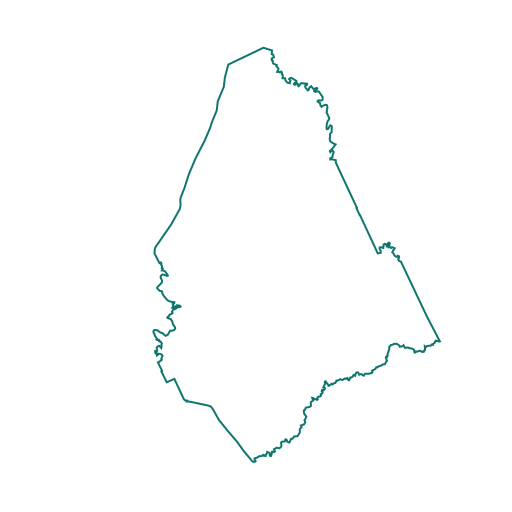 Hume, Victoria, Australia (Natural Earth projection), rotated 56°
{"feature_id": "25037944B10619545343998", "entity_name": "Hume", "entity_type": "district", "adm_level": 2, "iso_a3": "AUS", "parent_name": "Australia", "parent_adm1": "Victoria", "projection": "natural_earth1", "projection_center": [144.895, -37.597], "detail": "fine", "context": "isolated", "style": "outline", "palette": "teal", "viewbox_px": 512, "rotation_deg": 56, "n_neighbors": 0, "source": "geoboundaries", "source_scale": "gbopen_adm2", "svg_char_len": 6158}
<svg xmlns="http://www.w3.org/2000/svg" viewBox="0 0 512 512"><g transform="rotate(56 256 256)"><path d="M337.8,394.8L339.7,392.4L353.1,379.4L355.6,377.6L358.7,377.4L370.9,378.4L384.7,377.3L398.9,375.6L411.4,375.2L424.4,373.8L425.4,373.0L426.0,371.9L425.7,370.9L424.2,371.0L423.2,370.6L423.0,369.9L423.7,368.3L423.8,365.1L425.1,363.2L424.9,361.2L425.8,360.8L426.2,361.0L426.9,360.1L426.2,360.0L426.4,358.4L424.7,356.2L426.7,355.0L428.4,354.9L428.6,355.9L429.1,356.1L430.0,355.9L430.2,355.5L429.0,353.8L427.2,352.3L427.3,351.9L428.6,350.8L428.6,349.6L426.3,349.2L426.5,346.0L428.3,344.5L428.4,343.2L428.0,341.6L427.5,341.0L424.7,339.5L424.5,338.6L424.8,337.7L425.8,335.9L425.4,334.8L424.7,334.6L424.5,334.0L425.6,333.4L427.5,333.9L429.3,332.7L427.2,329.2L427.9,327.9L426.9,325.3L428.6,322.4L426.8,318.4L423.9,316.4L423.4,313.9L421.6,313.6L422.5,310.4L421.2,308.0L419.2,307.6L418.1,305.1L417.3,304.1L413.7,304.3L410.8,302.8L410.9,301.4L409.6,299.6L411.2,295.5L411.0,294.3L407.8,292.3L407.7,289.4L405.0,288.7L405.8,287.9L407.3,287.8L408.0,286.7L409.5,285.7L409.3,284.9L408.2,285.1L407.6,283.7L407.6,282.5L408.3,281.5L408.2,280.6L407.9,280.0L406.8,279.6L407.0,278.1L406.1,276.7L404.9,277.2L404.0,276.1L405.0,274.7L404.6,273.0L403.7,272.8L402.6,273.7L400.4,270.0L399.0,269.5L398.6,268.9L399.0,268.3L401.8,268.4L403.0,268.0L404.1,268.5L404.5,268.1L404.2,264.8L405.3,264.2L405.0,263.0L405.6,261.2L404.4,259.1L404.8,258.9L404.7,258.0L405.3,256.7L405.2,255.1L407.0,253.8L407.3,252.9L407.1,251.2L407.9,250.5L408.1,248.6L408.9,248.5L409.6,249.0L411.0,248.5L410.8,247.6L409.5,245.9L410.1,244.5L410.0,243.2L409.2,241.7L409.4,241.3L410.7,240.9L409.1,238.8L408.8,237.6L409.8,236.4L412.2,236.8L412.6,234.9L415.5,233.6L414.6,231.4L416.7,228.4L417.0,226.9L417.6,226.4L417.6,224.5L416.0,224.0L416.4,220.3L415.5,218.4L416.3,217.5L416.0,216.3L417.0,212.9L416.7,211.7L417.8,209.7L416.3,207.0L416.2,206.0L413.0,205.2L413.1,204.1L412.2,204.0L412.3,202.6L411.0,201.9L407.6,197.5L406.0,196.6L405.3,194.0L406.0,192.0L406.0,190.6L406.7,190.0L407.1,188.8L408.6,187.9L410.8,187.2L411.7,187.5L412.8,184.9L412.5,183.6L415.5,183.9L416.9,181.0L418.2,180.5L419.0,179.4L421.1,177.7L422.2,177.5L424.4,178.5L425.0,178.3L425.0,176.9L424.7,176.6L425.4,175.8L425.9,173.7L427.1,172.3L428.6,171.9L429.2,170.3L428.4,169.7L428.6,168.7L428.3,168.3L425.2,166.5L426.6,166.1L426.3,164.4L428.1,161.1L427.6,159.8L428.6,159.0L427.9,158.3L428.0,156.7L427.0,155.5L427.2,154.8L426.8,154.2L428.4,152.9L428.3,151.7L429.4,151.9L429.6,151.3L402.1,148.2L341.7,139.0L340.4,140.1L338.2,140.0L337.5,138.5L336.3,137.6L335.0,138.4L335.5,139.6L334.8,140.4L333.3,140.8L330.2,140.6L329.2,140.9L328.1,139.3L327.5,137.1L327.0,136.7L324.8,138.3L324.9,139.4L324.3,139.9L322.7,140.0L321.2,139.1L320.6,138.1L319.2,138.3L319.1,138.9L319.6,140.0L322.3,140.7L322.5,141.3L321.8,141.2L321.2,142.3L319.2,141.3L317.8,142.7L317.8,143.4L318.3,144.3L319.0,144.4L319.3,145.1L320.5,146.0L318.3,147.8L318.1,148.5L318.3,149.0L319.1,149.5L321.5,149.7L323.1,150.9L322.0,153.6L280.1,146.9L280.0,147.2L272.4,145.9L272.4,145.4L223.7,137.7L221.0,136.3L217.7,139.7L217.5,140.4L216.5,139.8L216.8,137.4L215.4,136.3L213.3,133.5L210.9,133.5L211.5,136.3L210.3,136.1L209.8,132.8L208.0,127.6L205.9,129.0L202.4,130.3L200.0,129.4L198.3,127.6L196.6,126.8L196.2,126.4L195.8,124.2L190.8,120.6L189.4,121.1L189.4,122.1L190.8,124.7L190.9,125.5L190.6,126.3L189.8,126.3L186.1,123.5L184.3,121.2L183.6,119.1L182.8,118.2L176.4,117.2L175.8,116.3L174.4,115.6L173.4,114.2L171.8,113.2L170.5,112.9L169.7,113.6L168.9,116.0L169.0,118.2L167.1,118.4L165.2,117.4L162.7,118.6L162.0,118.3L161.9,117.0L163.5,115.2L163.8,114.4L163.5,113.3L162.7,112.5L161.2,111.9L154.7,111.9L153.3,114.0L153.2,115.0L151.9,115.6L151.5,115.0L151.8,112.4L151.5,111.5L151.1,111.4L150.6,111.7L149.8,115.0L146.1,115.3L146.2,117.1L146.7,118.4L147.7,119.3L147.7,120.5L144.3,120.8L142.9,120.5L142.2,119.7L142.6,118.4L142.4,117.7L141.6,117.4L137.9,122.0L139.2,125.7L138.7,125.9L136.6,125.1L135.9,125.3L135.7,125.7L136.1,127.4L135.5,128.3L134.8,128.5L134.4,128.3L134.0,125.1L133.5,124.6L128.1,127.0L127.6,128.8L127.7,129.6L129.7,129.3L130.6,130.1L130.7,131.1L131.6,131.4L130.3,132.8L129.3,133.3L126.7,133.3L124.9,132.5L123.5,134.6L121.1,132.6L119.3,132.8L118.6,132.0L117.6,131.9L117.1,132.1L116.9,133.7L115.8,134.4L115.3,135.5L114.8,135.1L114.2,133.4L113.0,132.5L110.2,133.0L109.4,132.0L106.1,134.1L104.8,133.9L103.9,133.0L102.3,133.4L101.9,132.8L101.1,132.6L101.0,131.5L101.3,130.1L100.8,129.7L98.6,129.2L97.5,130.1L94.5,127.8L87.5,133.4L81.8,171.9L90.7,182.1L97.6,187.9L106.3,201.1L113.5,207.3L120.3,217.6L124.0,222.2L131.6,233.9L141.3,251.6L151.0,266.4L159.7,277.4L165.4,285.7L167.2,287.4L172.1,290.4L174.6,293.2L182.7,309.3L192.3,334.0L193.4,335.8L197.0,338.7L207.9,340.0L208.1,338.5L209.1,338.5L210.1,339.6L211.2,339.4L212.2,339.8L213.2,340.9L214.2,340.3L215.4,342.1L216.2,340.9L218.4,339.9L222.7,339.9L223.0,340.2L222.7,340.9L219.1,343.6L219.1,345.4L219.6,346.4L220.7,347.2L224.1,347.7L225.0,348.3L225.7,350.1L226.6,355.0L227.1,355.8L227.7,356.0L230.9,355.4L232.7,353.7L233.4,353.8L234.1,354.5L237.8,354.8L242.8,354.2L244.7,353.4L246.6,351.9L248.7,349.5L249.5,350.3L249.2,351.9L250.7,352.4L251.7,352.2L252.2,352.6L251.8,353.2L251.8,354.2L252.1,354.4L253.2,352.3L252.6,349.1L254.6,346.9L255.7,346.8L255.8,347.5L254.6,350.2L254.8,351.8L254.3,354.8L255.2,356.9L256.6,357.0L256.8,358.8L256.2,360.3L257.0,361.4L257.3,363.9L258.0,364.0L260.6,361.9L263.1,362.0L266.3,363.0L269.8,363.0L271.1,363.7L271.6,365.4L271.0,367.5L269.9,368.9L272.0,373.4L271.7,375.5L266.9,377.0L266.3,377.9L262.3,379.5L260.5,381.7L260.7,382.7L261.6,383.5L262.9,383.9L264.2,383.7L265.3,384.4L269.2,384.4L269.6,385.2L270.5,384.7L270.9,383.6L271.7,383.2L272.2,383.3L272.1,383.9L272.4,384.0L273.8,383.0L275.8,382.9L276.7,384.1L277.8,384.5L279.3,386.0L276.2,386.6L276.0,388.3L276.4,389.4L277.7,390.4L279.3,390.8L279.9,392.2L278.9,392.1L278.5,392.9L280.0,393.7L282.2,393.3L283.1,393.7L283.0,392.4L282.0,392.1L283.5,390.3L285.3,389.2L286.3,389.2L288.3,392.0L289.4,392.1L289.6,395.7L289.4,396.8L298.8,398.1L298.8,399.0L310.8,400.6L312.2,392.4L334.5,395.9L335.8,395.6L337.4,394.0L337.8,394.8Z" fill="none" stroke="#0f766e" stroke-width="2"/></g></svg>